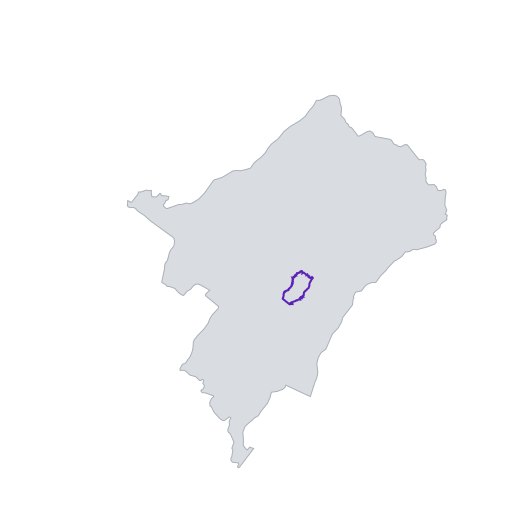 Kibombo, Maniema, Democratic Republic of the Congo (highlighted), rotated 37°
{"feature_id": "63176286B11141066261470", "entity_name": "Kibombo", "entity_type": "district", "adm_level": 2, "iso_a3": "COD", "parent_name": "Democratic Republic of the Congo", "parent_adm1": "Maniema", "projection": "equal_earth", "projection_center": [25.538, -4.082], "detail": "fine", "context": "in_parent", "style": "outline", "palette": "violet", "viewbox_px": 512, "rotation_deg": 37, "n_neighbors": 0, "source": "geoboundaries", "source_scale": "gbopen_adm2", "svg_char_len": 7934}
<svg xmlns="http://www.w3.org/2000/svg" viewBox="0 0 512 512"><g transform="rotate(37 256 256)"><path d="M384.0,335.6L357.6,341.2L358.2,343.2L357.9,345.3L357.2,346.9L354.5,351.3L350.5,355.3L350.5,356.2L352.5,360.7L353.8,366.9L353.4,377.7L353.9,380.6L353.8,382.8L352.5,385.4L349.8,398.3L351.5,404.6L356.7,410.5L359.7,414.8L364.8,416.4L365.7,416.1L366.0,412.5L370.0,411.1L369.9,434.2L369.6,435.5L368.9,435.8L367.9,435.0L367.6,432.8L366.5,431.9L361.6,434.7L360.3,434.7L358.9,434.2L357.9,433.0L357.6,431.2L354.1,424.5L352.4,424.1L350.5,418.0L342.7,413.6L339.7,413.2L338.1,411.9L336.6,407.1L334.0,404.1L333.4,400.7L332.9,400.2L331.3,400.9L329.9,406.2L328.1,407.5L324.9,407.6L316.8,406.1L311.1,403.3L309.6,403.5L307.3,401.0L306.3,396.9L306.8,393.7L306.4,393.2L297.6,395.9L295.5,397.5L293.5,397.1L292.9,396.2L293.8,394.0L293.4,391.6L292.7,390.5L290.1,389.6L289.3,387.1L287.7,386.7L287.2,387.1L286.8,388.8L285.8,389.4L280.6,388.6L275.1,390.8L267.8,390.2L264.4,392.9L263.8,392.8L263.1,391.5L262.4,387.1L262.8,385.9L263.8,385.0L264.2,383.3L263.8,378.7L264.1,377.6L263.7,375.0L262.6,370.9L261.1,367.5L257.7,362.3L257.1,359.9L257.3,354.2L258.4,345.1L258.2,338.4L256.9,334.0L256.5,329.3L257.4,320.8L256.5,318.8L239.8,318.1L239.1,317.4L238.8,316.2L239.6,311.2L229.4,312.5L226.3,313.4L224.5,315.5L223.9,318.1L223.8,321.8L222.3,325.3L221.9,331.2L219.1,331.9L216.3,331.9L210.8,330.7L205.6,332.3L203.0,333.9L201.6,333.2L196.9,333.8L196.3,333.3L190.8,321.6L188.3,317.7L187.8,315.7L188.0,313.9L187.4,311.5L184.8,305.4L184.3,302.6L184.4,298.2L184.1,296.7L181.8,292.9L180.3,291.7L178.6,291.0L151.3,291.5L142.3,290.8L135.7,291.3L132.4,291.0L131.5,290.4L128.5,291.2L126.9,292.8L124.5,293.7L123.1,293.3L120.2,288.9L124.1,288.2L124.3,287.7L124.5,277.2L123.5,275.8L125.6,274.0L128.8,269.3L132.1,267.7L132.5,266.7L133.2,266.8L134.4,268.7L137.2,271.3L140.7,269.0L141.0,268.4L141.5,263.9L142.3,263.5L143.8,264.5L144.7,264.5L146.2,263.2L150.6,260.9L151.9,263.8L150.7,266.4L151.3,268.3L151.4,271.1L152.1,271.8L155.6,272.1L156.6,271.4L163.5,261.1L165.4,259.9L168.3,255.8L172.1,253.9L173.8,250.7L176.0,244.9L177.0,236.6L176.6,222.1L176.9,220.2L181.6,213.7L186.4,201.9L189.6,198.8L192.1,197.5L195.8,193.2L198.8,188.9L198.4,183.6L199.1,179.3L200.7,173.8L201.3,168.0L200.7,161.8L201.0,156.8L203.2,148.8L203.4,139.6L205.4,131.9L209.4,122.1L211.3,114.8L211.0,107.6L211.5,102.3L211.3,99.2L210.6,96.5L211.0,94.8L212.5,94.1L214.4,91.4L217.8,84.3L221.4,80.9L223.9,79.8L226.6,79.9L228.3,80.5L231.1,83.3L234.3,85.5L236.6,88.2L239.0,92.5L244.6,93.5L247.0,95.0L248.5,95.6L249.1,95.2L250.2,95.4L252.9,96.7L255.0,96.0L265.5,98.8L266.7,97.4L269.7,90.1L271.8,87.5L275.4,87.3L278.2,88.7L279.7,88.7L292.6,82.3L294.3,82.0L298.9,83.6L302.0,82.6L303.2,82.9L305.8,81.8L308.0,77.3L309.8,76.2L328.2,81.0L331.1,78.7L332.4,78.4L336.5,80.1L337.8,82.8L340.2,85.2L342.0,89.0L344.8,91.2L346.1,93.3L347.8,94.7L351.1,95.2L355.4,91.7L358.4,92.1L361.4,94.0L362.5,93.9L364.8,91.9L366.0,89.7L367.1,89.2L368.9,90.2L370.4,92.2L371.7,95.1L376.3,101.8L380.8,104.6L381.9,108.6L383.5,108.3L384.4,108.6L385.5,111.2L386.3,111.7L386.5,112.8L385.4,115.2L384.3,119.8L385.7,122.7L384.6,126.8L384.0,131.1L385.4,132.2L387.3,132.1L389.0,134.3L390.4,134.7L391.8,137.0L391.5,139.0L387.1,146.0L380.4,154.5L378.2,155.5L377.0,157.1L376.2,159.6L374.3,161.7L372.8,162.6L372.7,168.7L370.5,175.1L369.6,176.4L368.4,186.8L368.6,188.6L367.4,197.1L367.6,205.0L364.4,207.5L362.1,211.4L361.2,214.1L361.2,220.5L357.6,224.5L357.3,225.3L358.2,229.9L359.5,230.6L359.6,232.1L362.5,237.0L362.3,252.0L362.5,253.5L364.0,257.0L365.0,263.8L363.9,272.4L367.9,288.3L366.1,294.0L366.9,299.6L369.3,305.4L374.9,311.1L376.4,313.5L377.8,316.6L379.1,321.6L384.0,335.6Z" fill="#d9dde1" stroke="#a8b0b8" stroke-width="1"/><path d="M301.7,240.5L301.7,241.0L301.4,241.1L301.2,241.0L300.9,241.2L300.8,241.4L300.8,241.6L301.1,241.7L301.1,241.8L301.0,242.0L301.0,242.3L300.9,242.6L300.9,243.0L300.4,243.2L300.2,244.0L299.9,244.2L299.9,244.5L299.8,244.8L299.4,244.7L299.0,245.1L299.1,245.3L299.3,245.5L299.4,245.9L299.5,246.2L299.5,246.3L299.3,246.3L299.3,246.6L299.2,246.5L299.1,246.8L299.1,247.0L298.9,247.3L299.0,247.4L299.2,247.6L299.2,247.8L299.1,248.0L299.3,248.0L299.2,248.1L299.4,248.3L299.2,248.5L299.3,248.7L299.5,248.6L299.5,248.8L299.3,249.0L299.4,249.4L299.4,249.6L299.1,249.6L299.0,249.9L298.9,250.1L298.7,250.2L298.7,250.3L298.9,250.3L298.9,250.5L298.7,250.6L298.7,250.9L298.6,251.0L298.5,250.9L298.4,250.9L298.4,251.0L298.5,251.2L298.6,251.3L298.6,251.6L298.8,251.7L298.9,251.8L299.0,251.8L299.1,252.0L298.9,252.0L299.2,252.2L299.4,252.2L299.7,252.4L299.7,252.5L299.4,252.7L299.5,252.8L299.7,253.1L299.8,253.5L300.0,253.6L300.1,253.4L300.3,253.6L300.2,253.9L300.2,254.0L300.4,254.1L300.7,254.4L300.7,254.6L300.9,254.6L300.8,254.9L300.8,255.4L300.9,255.5L301.0,255.6L301.1,256.0L301.4,256.0L301.5,255.8L301.9,256.1L302.0,256.1L302.0,256.3L302.0,256.5L301.9,257.1L301.9,257.3L302.2,257.3L302.3,257.6L302.2,257.8L302.1,258.0L302.5,258.4L302.5,258.5L302.3,258.7L302.4,259.0L302.3,259.3L302.3,259.5L302.4,259.9L302.4,260.0L302.5,260.3L302.5,260.6L302.2,261.2L302.1,261.6L302.2,262.1L302.2,262.3L301.9,262.6L302.0,262.9L302.2,263.2L302.2,263.4L302.4,263.7L302.3,263.8L302.3,264.0L302.1,264.3L301.9,264.5L301.8,264.4L301.7,264.7L301.3,265.2L301.2,265.3L301.2,265.6L301.1,266.0L300.9,266.0L300.8,266.4L300.5,266.5L300.4,266.8L300.5,267.0L300.4,267.0L300.3,267.4L300.3,267.5L300.2,267.9L300.3,268.0L300.5,268.4L300.4,268.5L300.5,268.7L300.6,268.9L300.7,269.2L300.8,269.3L300.8,269.5L301.0,269.9L301.2,270.0L301.3,270.4L301.5,270.5L301.9,270.9L302.0,271.1L302.1,271.5L302.4,272.0L302.5,272.3L302.5,272.6L302.5,272.8L302.7,273.0L302.7,273.3L302.8,273.5L302.9,273.8L303.1,274.1L311.7,274.4L311.8,273.9L311.6,273.4L311.8,272.8L312.3,273.5L312.6,273.5L312.6,273.4L312.9,273.2L313.2,273.1L313.3,273.0L313.5,272.9L313.6,272.7L313.8,272.6L314.1,272.4L313.7,272.0L313.3,271.8L312.7,271.1L313.0,270.6L313.3,270.2L313.5,269.7L313.8,269.4L313.9,269.2L314.0,269.1L314.1,268.9L314.6,268.2L314.7,267.7L314.9,267.3L314.9,267.2L315.0,267.2L315.5,266.9L315.7,266.5L315.7,266.3L315.8,266.2L315.9,265.8L316.2,265.4L316.3,265.2L316.5,264.9L316.7,264.7L316.9,264.6L317.0,264.3L317.3,264.2L317.2,264.1L317.1,263.9L316.8,263.9L316.8,264.0L316.7,264.1L316.7,263.9L316.6,263.7L316.8,263.6L316.7,263.5L316.7,263.4L316.8,263.4L316.7,263.3L316.7,263.1L316.6,262.9L316.6,263.0L316.6,262.9L316.6,263.0L316.5,262.9L316.6,263.0L316.4,263.0L316.4,262.9L316.5,262.7L316.8,262.5L316.7,262.4L316.6,262.5L316.6,262.3L316.8,262.1L317.0,262.0L317.0,261.9L317.2,261.7L317.3,261.7L317.2,261.6L317.2,261.4L317.3,261.5L317.3,261.3L317.4,261.2L317.5,261.1L317.5,260.9L317.4,260.9L317.5,260.8L317.7,260.7L317.8,260.7L317.7,260.5L317.9,260.5L318.0,260.4L317.9,260.4L318.0,260.4L318.1,260.1L318.0,259.9L317.9,260.0L317.8,259.8L317.8,259.5L317.7,259.5L317.7,259.4L317.7,259.2L317.6,258.9L317.7,258.7L317.6,258.3L317.1,257.6L316.6,257.0L316.4,256.5L316.3,256.4L316.2,256.0L316.2,255.7L316.3,255.3L316.2,255.0L316.3,254.6L316.4,254.4L316.4,254.2L316.5,254.2L316.5,253.9L316.6,253.7L316.5,253.4L316.7,253.0L316.8,252.4L316.8,251.3L317.2,250.2L317.2,249.9L317.1,249.5L316.9,249.0L316.8,248.3L316.6,247.7L316.4,247.4L316.1,247.2L315.6,246.5L315.5,246.1L315.4,246.0L315.3,245.8L315.2,245.4L315.0,244.9L315.0,244.4L314.9,244.0L314.9,243.7L314.8,242.8L314.5,242.4L314.6,241.7L314.5,241.2L314.5,240.9L314.7,240.1L314.6,239.4L314.4,239.2L313.3,239.1L313.2,239.4L313.2,239.5L313.3,239.7L313.4,239.9L313.3,240.1L313.3,240.3L313.1,240.3L313.1,240.5L312.4,240.9L312.1,240.9L311.9,241.1L311.7,241.1L311.4,241.1L311.5,241.0L311.2,240.9L311.1,240.7L310.8,240.5L310.7,240.2L310.4,240.2L310.1,240.1L309.9,240.3L309.4,240.3L309.2,240.3L309.1,240.2L308.6,240.1L308.4,240.0L308.3,239.9L308.1,239.8L307.7,241.0L307.5,240.8L306.6,240.6L306.0,240.6L304.8,240.6L304.1,240.5L303.5,241.4L303.4,241.8L303.2,241.5L302.8,241.2L302.5,240.9L302.3,240.8L302.0,240.5L301.7,240.5Z" fill="none" stroke="#5b21b6" stroke-width="2"/></g></svg>